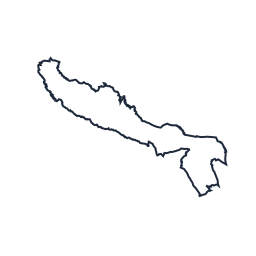 outline of Jalacingo, Veracruz, Mexico, rotated 288°
{"feature_id": "50627088B88216282065505", "entity_name": "Jalacingo", "entity_type": "district", "adm_level": 2, "iso_a3": "MEX", "parent_name": "Mexico", "parent_adm1": "Veracruz", "projection": "natural_earth1", "projection_center": [-97.294, 19.774], "detail": "fine", "context": "isolated", "style": "outline", "palette": "slate", "viewbox_px": 256, "rotation_deg": 288, "n_neighbors": 0, "source": "geoboundaries", "source_scale": "gbopen_adm2", "svg_char_len": 5921}
<svg xmlns="http://www.w3.org/2000/svg" viewBox="0 0 256 256"><g transform="rotate(288 128 128)"><path d="M127.9,62.2L127.7,64.2L126.4,66.2L126.5,67.5L126.9,67.7L126.1,68.5L126.5,69.2L125.8,71.0L125.0,72.0L124.7,73.4L124.1,74.1L124.2,75.0L123.7,75.6L123.8,76.5L124.5,77.5L124.3,79.2L123.8,79.9L124.1,80.5L124.7,80.8L124.6,81.8L124.2,82.3L124.5,83.0L123.8,83.8L123.2,85.2L123.5,85.4L123.9,86.2L123.6,86.9L124.3,88.2L124.4,89.2L122.0,91.3L121.7,92.4L120.8,93.5L120.9,94.0L120.5,95.3L120.8,96.3L121.6,97.3L121.4,97.8L120.2,98.7L119.9,99.8L120.1,99.9L119.9,100.3L120.4,101.2L120.5,101.9L120.5,102.3L119.8,102.9L120.0,104.3L119.9,106.8L120.7,108.1L120.6,108.7L121.0,109.3L121.6,109.7L121.0,110.1L120.7,111.3L121.2,112.4L121.7,112.8L121.5,114.1L121.7,114.4L121.2,115.2L121.4,116.0L121.8,116.6L121.8,117.2L121.3,118.2L120.7,121.3L119.9,122.7L119.4,124.7L119.7,125.5L119.4,125.8L119.4,126.4L118.8,126.8L118.3,127.8L118.8,128.2L118.1,130.4L119.0,131.4L119.2,132.1L118.7,133.4L118.8,134.8L118.3,135.8L118.4,136.6L118.7,136.8L118.9,138.6L118.6,139.0L118.7,140.8L118.4,141.3L118.7,142.6L117.8,143.6L117.5,144.4L118.3,149.7L118.0,151.2L117.1,152.1L117.1,152.8L117.3,153.1L117.5,153.1L118.8,152.2L121.4,152.0L121.4,152.5L120.9,154.0L120.5,156.4L119.4,157.2L116.9,160.7L115.5,161.1L114.3,162.1L112.5,163.0L111.0,164.3L112.0,165.5L112.7,165.6L113.1,166.8L113.6,167.4L112.1,170.1L115.6,170.4L115.8,172.0L117.0,174.1L118.3,175.5L118.5,175.9L118.5,176.7L120.0,179.3L123.3,183.9L124.9,184.8L125.5,188.1L126.5,190.8L126.6,193.0L126.8,193.4L125.4,192.4L123.8,191.8L123.0,190.8L121.8,190.7L121.3,191.5L119.9,191.6L119.6,191.5L119.6,191.0L118.7,190.5L118.3,189.9L114.6,188.4L112.9,188.8L112.8,189.6L112.0,189.5L111.8,190.0L108.8,190.2L108.7,190.8L106.7,190.4L106.3,194.0L103.3,198.3L100.1,201.0L99.1,202.7L97.9,203.6L96.1,206.0L93.4,208.0L91.5,211.4L87.5,216.6L87.0,217.0L86.4,216.7L85.5,217.1L86.5,218.7L87.5,219.4L88.3,221.2L89.8,222.5L91.2,222.8L92.7,223.6L93.5,224.5L93.5,225.3L94.1,225.9L94.1,224.8L94.6,224.6L95.3,223.7L95.6,223.9L97.0,220.9L97.3,221.0L97.0,221.7L97.4,221.8L97.0,221.8L97.6,224.1L97.7,223.9L98.2,224.2L98.6,225.0L99.4,225.3L100.0,226.4L99.8,227.3L100.2,228.1L101.3,229.1L101.6,229.9L101.7,230.4L101.1,231.9L102.8,230.7L106.0,229.4L112.9,223.7L114.4,221.7L117.8,219.6L118.6,219.8L118.8,219.4L118.4,219.4L118.9,219.1L119.2,218.3L121.8,217.8L122.4,218.1L123.1,217.6L125.5,220.2L125.2,221.0L124.4,221.7L126.1,223.7L124.7,227.8L123.7,232.6L126.5,230.9L128.7,230.0L133.1,229.0L134.2,228.6L134.9,227.8L135.7,228.7L136.4,227.8L136.9,228.2L138.5,226.6L138.1,226.3L139.7,224.8L139.9,224.9L143.1,221.4L142.7,220.5L143.3,220.0L143.1,217.3L144.4,216.4L146.2,214.5L144.3,206.4L142.0,200.5L141.5,197.6L141.5,196.0L140.7,195.7L139.1,183.8L139.8,182.7L140.3,183.1L140.9,182.2L141.1,182.4L142.4,180.0L142.3,180.6L142.7,180.8L143.3,178.4L143.7,178.6L144.0,177.2L144.4,177.4L144.5,176.2L145.0,176.4L145.1,173.9L145.5,173.9L145.6,173.7L144.0,168.4L144.2,167.9L143.9,166.3L144.3,164.2L143.4,163.3L143.3,162.7L141.7,161.0L140.6,160.1L138.8,159.3L138.4,158.7L138.0,154.8L138.3,150.2L139.1,146.7L139.1,143.5L139.5,142.1L139.4,141.0L139.0,139.7L139.4,138.7L140.2,138.5L140.8,137.5L141.4,137.3L141.7,135.6L142.3,135.2L142.3,134.8L142.8,134.2L143.0,133.5L143.8,132.6L143.9,131.1L144.1,130.9L144.8,131.3L145.8,130.9L146.4,129.4L146.8,129.3L146.5,129.0L147.9,128.3L149.5,128.3L150.5,126.6L150.2,126.1L149.3,125.8L148.8,124.8L148.9,124.4L147.5,124.0L148.7,122.5L148.5,122.3L148.8,121.9L149.4,122.4L149.6,121.6L148.6,120.5L149.0,119.8L149.9,120.0L150.0,118.5L150.3,117.9L151.1,118.0L151.2,117.3L151.9,117.4L152.0,116.6L153.0,116.9L153.1,116.5L153.7,116.8L154.3,116.0L155.5,115.2L156.1,115.2L157.0,114.8L156.9,114.1L155.0,114.0L153.8,113.7L153.3,113.9L152.5,113.4L152.2,112.9L151.8,112.9L151.5,113.1L150.1,112.9L151.4,112.4L151.1,111.8L151.5,111.4L152.6,112.3L152.8,111.1L155.2,111.7L155.2,110.3L156.6,109.4L156.4,108.9L157.0,109.1L159.2,107.0L159.1,106.2L158.7,105.3L159.0,103.5L159.9,102.4L161.7,101.1L161.6,99.2L162.1,98.2L162.2,97.6L161.6,96.2L161.6,95.1L161.7,94.6L163.2,92.7L163.1,91.3L160.9,93.3L159.5,91.7L159.5,90.4L159.2,90.0L159.5,89.6L158.2,88.2L158.0,87.7L157.0,88.2L155.3,88.0L154.1,87.6L153.3,86.3L152.7,85.8L152.9,85.5L153.6,85.4L153.7,84.9L153.5,84.3L153.6,83.9L154.2,83.7L154.0,82.3L154.4,81.0L155.2,80.6L156.0,79.3L156.5,79.6L156.8,79.1L156.8,78.0L157.5,76.3L157.1,74.5L157.9,71.8L156.8,71.2L156.1,70.3L155.7,67.8L155.8,67.2L156.5,66.6L156.7,65.6L157.7,63.8L157.4,62.5L156.8,61.3L156.0,60.7L155.8,59.6L154.9,58.4L154.7,57.4L155.6,55.8L155.2,55.5L155.3,54.4L156.0,54.4L156.4,53.9L156.1,52.3L156.2,51.8L156.8,51.8L157.0,51.5L156.9,51.0L157.3,50.6L157.5,49.2L157.9,49.2L158.3,48.3L158.8,48.2L159.6,47.4L159.6,46.8L159.2,46.1L160.7,45.4L161.0,45.0L161.2,43.8L162.2,43.1L163.4,41.9L164.0,42.1L164.0,42.4L164.4,42.9L165.6,42.1L166.5,42.5L168.2,42.2L169.5,42.5L169.7,41.9L169.5,40.8L169.7,37.8L169.1,35.5L169.5,34.2L170.5,32.9L169.2,32.6L169.0,32.3L167.2,32.9L166.2,27.6L165.8,27.4L164.8,25.9L164.1,25.8L163.5,25.0L162.9,25.5L162.7,25.2L162.9,24.4L162.8,24.1L162.4,24.5L162.2,24.2L160.9,25.5L160.3,23.4L159.0,23.5L156.6,25.0L156.0,25.8L155.1,24.9L153.5,25.5L151.2,28.6L150.9,29.8L150.5,29.9L149.9,30.8L149.7,31.6L149.4,31.7L148.7,33.0L147.7,34.0L146.8,34.3L146.2,33.8L145.8,34.2L145.3,34.0L145.0,34.1L144.8,34.9L144.3,35.1L144.3,37.6L143.6,36.1L143.2,36.3L143.3,37.2L142.4,38.0L142.2,37.7L142.1,37.1L141.3,37.0L140.0,38.8L139.1,39.6L138.7,42.9L138.5,43.1L137.9,42.8L137.4,43.9L136.3,44.1L136.6,45.2L136.2,46.4L135.1,45.9L135.2,45.3L135.0,44.9L134.8,45.1L134.6,46.1L134.2,46.6L134.5,47.2L134.4,47.7L134.0,48.0L133.7,47.3L133.3,47.2L133.2,47.4L133.8,48.3L133.5,48.6L133.3,49.5L133.2,49.7L132.5,49.4L132.5,50.2L131.7,50.4L132.0,51.0L131.4,51.6L131.6,52.2L134.0,53.4L134.0,55.8L132.8,57.0L132.4,57.1L132.0,57.8L130.7,57.8L130.2,58.4L129.5,58.6L128.9,59.2L128.4,60.8L128.4,61.5L127.9,62.2Z" fill="none" stroke="#1e293b" stroke-width="2"/></g></svg>